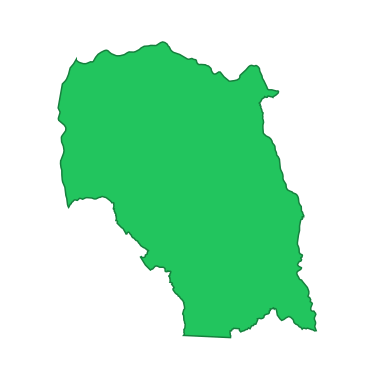 outline of Portel, Pará, Brazil, rotated 10°
{"feature_id": "56859067B89842377376701", "entity_name": "Portel", "entity_type": "district", "adm_level": 2, "iso_a3": "BRA", "parent_name": "Brazil", "parent_adm1": "Pará", "projection": "robinson", "projection_center": [-50.928, -2.621], "detail": "fine", "context": "isolated", "style": "filled", "palette": "green", "viewbox_px": 384, "rotation_deg": 10, "n_neighbors": 0, "source": "geoboundaries", "source_scale": "gbopen_adm2", "svg_char_len": 5972}
<svg xmlns="http://www.w3.org/2000/svg" viewBox="0 0 384 384"><g transform="rotate(10 192 192)"><path d="M158.8,272.0L164.6,276.1L165.8,274.9L166.6,274.7L168.5,271.6L169.9,271.0L171.3,271.1L173.1,271.7L176.7,271.1L177.4,271.3L178.7,272.0L179.3,274.5L179.6,274.9L181.0,274.9L181.4,274.7L181.5,274.1L182.5,274.3L182.9,273.9L183.7,274.1L184.7,273.8L185.0,274.2L184.9,275.6L184.5,276.6L184.6,278.2L184.4,278.7L183.9,278.6L183.9,279.1L184.7,279.7L185.2,280.6L185.2,281.2L185.6,281.6L185.9,283.9L186.2,284.2L186.0,284.7L187.0,284.7L188.5,285.3L188.1,286.7L189.0,287.2L190.5,288.9L190.9,289.0L190.9,289.6L190.1,290.6L190.3,291.6L193.2,294.5L194.8,295.4L195.3,295.3L195.6,295.5L196.6,296.9L197.6,297.0L199.6,299.1L200.6,299.4L200.8,299.9L201.7,300.4L202.7,301.9L203.2,302.2L203.1,302.8L204.5,306.2L205.0,308.3L204.3,309.5L204.0,313.7L205.2,315.1L206.3,319.6L207.1,320.8L207.5,322.3L208.2,323.2L208.3,323.7L208.6,327.1L207.9,329.1L208.3,330.1L208.4,331.7L209.0,332.6L209.1,333.7L208.6,334.7L255.2,328.7L255.1,327.2L254.9,326.5L254.4,326.0L254.3,325.0L253.8,323.9L253.7,322.1L255.0,321.8L255.4,320.1L256.5,319.6L256.7,319.0L262.3,318.4L262.8,320.1L264.3,321.3L265.5,320.4L267.8,319.3L268.7,318.2L270.3,317.7L271.3,316.0L272.9,316.6L273.9,313.5L275.7,312.8L276.2,311.3L277.8,311.1L278.9,306.4L278.4,305.5L280.2,304.7L282.0,304.8L283.5,304.1L284.5,303.1L284.6,301.0L285.9,299.8L288.4,298.6L289.1,297.6L288.8,295.8L289.7,295.2L289.4,293.5L290.8,293.4L292.2,292.0L293.3,293.1L293.8,292.3L295.0,292.6L295.8,293.9L297.4,298.4L300.7,301.7L302.6,302.9L304.6,301.6L306.6,299.5L308.9,297.8L311.0,298.3L313.8,300.1L315.2,302.9L317.1,304.1L319.1,304.5L321.2,306.2L322.6,306.3L324.3,308.0L325.2,306.8L326.3,306.6L328.2,306.9L329.1,306.1L329.6,306.0L333.7,306.7L334.9,306.7L336.9,307.5L338.4,307.0L336.4,303.6L336.2,302.5L336.5,300.9L336.5,299.8L336.2,298.6L334.6,296.0L334.4,294.4L335.2,291.1L334.6,289.8L333.9,289.5L333.1,288.4L332.6,288.1L331.7,288.5L330.2,288.2L329.6,287.6L329.2,286.5L329.1,285.1L329.9,281.1L329.4,280.4L328.7,279.9L327.6,279.6L327.4,279.1L327.6,277.5L326.4,275.8L326.0,275.4L325.2,275.3L324.3,274.6L324.7,271.8L324.3,269.6L322.2,266.0L316.2,260.8L315.2,259.7L314.0,259.6L312.9,259.1L311.8,257.4L310.1,255.5L309.3,253.9L309.3,252.8L310.1,251.5L312.5,249.4L313.0,248.1L312.9,247.5L310.3,246.8L309.1,246.0L308.6,245.3L308.7,244.2L309.7,241.8L310.9,241.3L311.5,240.7L311.6,239.5L310.6,238.2L310.7,237.6L311.6,237.0L311.7,235.1L311.3,234.7L309.3,234.2L308.1,232.9L307.3,229.4L306.3,227.3L305.0,225.5L304.6,223.6L304.3,215.8L304.6,211.3L303.8,206.7L303.9,201.7L304.1,200.3L304.4,199.9L305.2,199.7L305.5,198.9L304.9,197.8L304.9,197.2L306.3,197.1L306.2,195.9L304.9,194.1L304.4,192.8L303.1,191.7L302.1,187.3L300.2,185.5L299.0,183.6L297.9,179.8L296.9,177.9L296.1,177.1L295.6,176.5L294.4,175.9L291.5,175.3L290.5,174.5L288.2,174.1L286.0,173.4L285.5,173.1L284.1,171.3L283.2,168.1L279.9,164.4L279.2,162.8L278.9,160.7L278.3,158.9L277.6,157.6L275.5,154.7L274.8,153.2L272.4,144.6L270.8,142.4L269.1,141.1L268.2,138.4L266.7,136.3L265.7,132.6L265.0,131.7L262.7,129.7L261.8,127.7L260.3,126.0L258.6,124.9L255.2,123.9L252.3,122.0L251.9,121.2L250.7,116.6L250.2,113.7L250.4,111.0L249.7,108.9L248.8,107.4L248.7,105.5L248.2,104.3L248.3,101.8L247.2,101.0L246.2,98.5L245.1,97.1L244.9,95.5L243.9,95.0L244.0,93.8L243.6,93.3L242.9,93.1L242.8,92.4L243.9,91.3L244.8,88.2L246.7,86.5L247.0,85.4L248.5,85.9L249.4,85.7L249.8,85.5L250.1,84.4L250.4,84.2L253.1,84.5L254.4,84.4L255.3,84.8L255.5,84.0L257.9,81.9L259.5,79.8L259.7,79.4L259.8,78.2L259.5,77.7L258.8,77.6L257.6,77.9L252.8,77.5L249.9,78.0L248.9,77.7L248.3,77.1L247.5,75.6L243.5,70.0L241.6,67.8L240.7,65.4L237.8,61.3L236.9,58.6L235.6,57.4L234.2,56.6L233.1,56.3L231.3,57.2L228.8,56.9L227.4,57.4L226.1,58.7L223.9,62.4L219.2,68.6L219.0,69.2L219.2,71.0L218.6,72.4L216.8,73.9L214.5,74.9L210.2,76.3L209.2,76.3L203.5,73.0L199.0,69.0L197.6,69.1L195.0,71.5L193.8,72.0L192.8,71.8L191.9,71.3L190.3,69.5L189.2,67.0L186.4,65.1L184.9,65.0L183.0,64.4L178.9,64.8L176.7,65.3L175.5,64.8L174.5,63.9L174.1,63.3L173.4,61.6L172.6,61.1L170.6,61.1L168.7,60.5L165.9,61.8L164.6,61.9L156.0,58.7L149.5,57.7L147.7,56.8L146.3,55.7L144.5,53.2L143.1,52.3L141.9,50.7L139.3,49.5L137.1,49.3L135.1,50.4L131.2,54.0L125.8,54.8L123.9,55.7L119.6,56.8L116.8,59.0L115.4,60.9L111.9,63.6L110.2,64.4L105.7,65.0L104.1,66.1L101.5,68.5L97.5,70.3L94.7,70.9L93.4,70.9L88.5,69.8L86.1,68.5L85.3,67.8L84.0,67.3L82.8,67.3L81.2,68.0L78.2,70.2L75.6,72.7L73.7,76.1L72.2,80.4L71.4,81.2L69.5,81.4L66.1,83.6L64.7,84.2L62.6,84.5L59.4,84.1L57.6,83.7L55.2,82.3L55.0,81.4L53.2,86.3L50.5,91.0L50.0,97.6L48.9,102.6L47.9,104.7L45.6,108.1L45.6,132.5L48.1,136.0L48.2,137.3L47.6,142.4L47.7,143.3L48.4,144.6L54.5,148.2L56.2,150.0L56.8,151.4L56.9,153.7L54.4,158.9L53.9,160.3L53.9,161.2L54.9,165.3L57.4,169.3L58.8,173.5L58.8,176.1L57.4,183.5L57.2,183.8L57.6,187.0L58.7,190.5L60.0,193.1L60.9,197.9L62.1,202.5L62.9,204.6L66.0,209.4L68.4,217.3L69.8,220.1L71.6,226.0L72.6,227.9L73.2,228.6L74.3,225.2L75.1,224.5L75.2,223.4L76.4,222.0L77.3,220.5L78.1,220.0L80.3,220.2L80.7,220.0L82.3,217.8L83.6,217.7L85.6,218.1L88.2,216.2L89.4,215.8L94.3,215.3L96.9,215.8L98.6,215.5L101.5,213.4L102.5,213.2L104.2,212.0L108.4,212.4L113.0,214.8L114.1,215.6L115.0,216.6L116.3,216.2L117.0,216.5L117.0,217.6L117.6,219.5L117.4,222.0L117.6,222.4L118.4,222.2L118.3,223.0L118.9,224.1L118.9,224.6L119.7,225.3L119.8,226.1L120.3,226.2L121.2,227.9L121.0,228.6L121.8,229.4L121.7,229.9L122.2,231.6L122.2,232.4L121.9,233.1L122.1,233.4L122.8,233.2L123.7,233.8L123.7,235.7L128.8,239.3L130.4,239.9L133.4,243.5L134.3,244.8L135.1,244.6L135.4,243.1L136.6,242.5L137.1,242.7L138.8,244.5L139.3,244.6L140.5,246.3L141.4,247.2L142.6,247.4L145.2,249.4L146.9,249.7L148.2,251.4L149.1,251.9L150.8,253.7L153.8,255.1L155.4,255.4L156.4,256.1L157.2,256.2L157.8,256.9L158.6,256.9L159.3,257.4L158.7,258.1L158.5,259.6L158.7,260.7L157.0,262.3L157.2,263.6L156.6,264.5L155.4,265.0L154.2,265.1L153.3,264.4L152.6,265.0L158.8,272.0Z" fill="#22c55e" stroke="#15803d" stroke-width="1.5"/></g></svg>